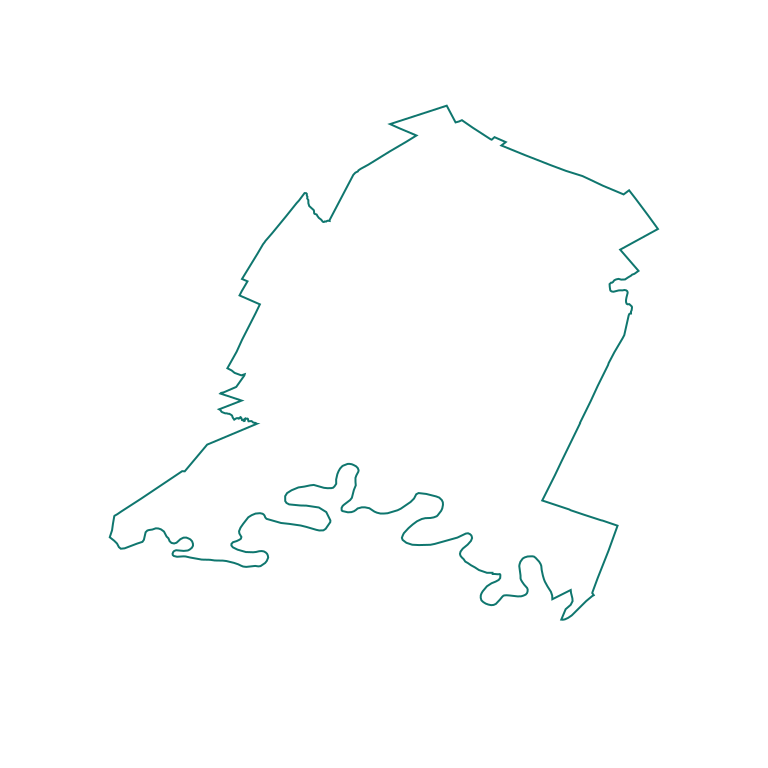 outline of Draganesti, Prahova, Romania, rotated 350°
{"feature_id": "2599482B82413399684251", "entity_name": "Draganesti", "entity_type": "district", "adm_level": 2, "iso_a3": "ROU", "parent_name": "Romania", "parent_adm1": "Prahova", "projection": "equal_earth", "projection_center": [26.299, 44.838], "detail": "fine", "context": "isolated", "style": "outline", "palette": "teal", "viewbox_px": 768, "rotation_deg": 350, "n_neighbors": 0, "source": "geoboundaries", "source_scale": "gbopen_adm2", "svg_char_len": 6155}
<svg xmlns="http://www.w3.org/2000/svg" viewBox="0 0 768 768"><g transform="rotate(350 384 384)"><path d="M553.9,628.4L552.8,626.1L553.0,625.5L560.7,612.3L576.2,587.1L589.4,564.1L575.6,556.5L574.1,555.9L558.3,547.5L546.0,540.8L544.6,539.7L519.6,526.2L536.5,503.5L545.1,491.4L570.3,456.7L570.2,456.4L584.7,436.6L594.2,422.9L607.9,404.3L608.9,402.4L616.4,392.7L627.0,380.3L629.1,377.6L636.9,358.9L637.7,357.7L638.1,357.4L639.5,357.5L639.8,355.6L640.7,354.3L641.5,351.8L641.5,350.7L639.5,348.0L637.7,347.8L636.9,347.1L636.6,345.4L636.9,343.4L637.8,340.9L639.8,336.5L639.8,335.5L639.5,334.6L638.7,333.8L637.2,333.2L634.9,333.2L633.2,332.8L631.2,332.6L626.1,333.0L624.5,332.5L623.4,331.6L623.2,331.2L623.1,330.3L623.2,327.4L623.5,324.8L625.3,323.6L626.1,323.8L627.1,323.4L628.6,322.0L629.3,321.7L630.8,321.3L633.2,321.2L635.8,322.4L639.5,322.9L642.9,321.4L646.1,320.2L647.3,319.4L649.7,319.0L654.3,316.8L639.9,292.7L680.7,278.9L673.3,263.7L664.0,245.3L659.0,235.8L652.9,238.9L634.1,226.8L615.6,213.7L600.2,205.7L586.1,197.4L562.8,183.2L541.0,169.5L545.9,166.9L535.7,160.1L532.5,162.1L531.5,161.5L515.9,147.0L506.5,137.7L503.4,138.5L499.9,138.8L494.1,120.8L435.1,129.1L443.8,135.0L459.1,144.9L448.3,149.2L430.2,155.9L406.6,165.3L398.3,168.1L395.9,169.2L395.2,170.1L392.5,170.9L390.1,172.7L359.2,212.7L358.9,213.1L358.8,214.0L357.1,213.4L356.0,213.6L355.1,214.0L354.0,213.6L353.1,214.0L352.4,213.9L351.8,213.4L350.7,211.3L348.6,209.0L347.5,206.7L347.3,205.9L347.0,205.3L345.4,204.5L345.0,204.1L344.9,203.7L345.1,201.3L345.0,200.6L341.3,195.8L340.9,192.9L341.4,189.7L340.6,188.0L341.1,186.2L340.7,185.1L341.0,183.3L340.4,182.5L338.9,182.2L332.2,188.5L329.2,190.8L316.7,201.8L300.0,216.1L292.0,222.6L291.1,223.6L289.1,225.4L282.2,233.5L262.4,255.9L267.4,259.2L259.9,268.0L257.1,271.7L275.6,284.0L269.7,292.2L251.9,315.8L244.5,326.6L232.5,341.3L236.3,344.2L238.8,347.1L245.0,350.7L248.5,350.2L247.9,351.4L238.0,361.2L224.6,364.4L222.0,364.5L221.2,365.0L240.9,375.6L217.2,380.3L218.4,381.3L219.1,383.0L219.7,383.6L222.5,385.3L224.1,385.6L225.4,386.3L226.5,386.5L228.4,388.1L228.9,388.8L229.2,390.8L230.3,393.1L232.7,392.1L234.5,392.3L234.7,392.8L235.0,392.9L235.5,392.6L236.0,392.6L236.6,391.8L237.0,391.7L237.2,392.0L237.0,392.5L237.7,393.0L237.9,394.9L238.5,395.2L239.5,394.8L239.7,395.0L239.6,395.9L239.7,396.2L240.3,396.2L240.6,395.8L240.8,394.2L241.3,393.9L241.7,393.8L242.0,394.3L243.6,394.4L244.0,395.0L243.9,396.3L244.1,397.2L247.0,397.5L247.3,397.7L248.6,399.3L250.9,400.1L251.5,401.0L251.8,401.1L199.3,413.0L172.6,435.4L170.1,434.8L124.8,454.8L103.2,463.9L98.8,465.9L95.7,467.0L95.4,467.4L92.8,474.6L90.8,480.8L87.3,487.3L91.0,491.4L92.5,493.5L93.4,494.8L94.6,498.6L96.2,500.5L100.0,500.8L113.1,498.3L118.7,497.5L120.5,495.7L123.5,488.6L125.5,487.2L127.3,487.0L130.6,487.1L134.2,486.5L136.7,487.1L139.1,488.4L141.7,491.1L143.4,496.5L144.9,498.5L145.6,501.6L147.1,503.6L149.6,504.6L152.1,504.3L156.5,501.5L159.8,500.5L162.6,500.9L164.7,502.2L166.3,503.4L167.7,505.6L168.1,508.1L167.8,510.1L166.4,511.9L163.9,513.3L161.9,513.9L157.8,513.6L150.4,511.6L148.4,512.0L147.3,512.8L146.3,514.4L146.3,515.8L147.2,516.9L150.2,518.2L156.5,518.9L158.7,519.4L162.9,521.2L174.1,525.3L182.1,526.9L186.7,528.4L194.8,530.0L198.1,531.0L205.2,534.1L209.2,536.3L211.8,538.2L213.6,539.3L216.6,540.2L225.6,540.8L228.6,541.8L230.8,541.9L235.9,539.6L237.9,537.8L239.8,534.8L239.8,532.7L239.4,531.0L238.3,529.4L236.6,528.0L234.6,527.3L232.1,527.0L228.9,527.2L226.0,527.0L218.8,525.5L211.0,521.7L206.8,518.6L205.7,516.6L206.0,515.0L207.8,513.6L211.7,513.1L214.8,512.2L216.2,511.5L217.0,509.9L215.6,506.1L215.7,503.8L217.8,500.5L221.1,497.2L227.2,491.7L230.9,490.2L235.0,489.3L239.5,489.7L241.9,490.7L242.9,491.7L243.5,492.8L243.9,494.8L244.9,496.4L258.5,503.0L266.4,505.3L277.4,508.9L282.8,511.3L292.1,515.9L294.8,517.0L298.9,517.6L301.4,516.5L307.1,510.7L307.5,509.0L304.9,500.1L298.4,494.3L286.4,490.3L280.5,489.1L269.7,486.1L267.3,484.2L266.4,482.1L267.2,477.3L269.6,474.6L274.5,472.6L281.7,471.0L287.8,471.2L293.7,471.0L297.3,471.2L306.8,475.8L310.3,476.8L314.1,477.4L315.9,477.3L317.5,476.2L319.6,474.0L320.3,469.7L322.4,464.7L324.1,462.0L326.1,459.6L328.6,457.7L329.6,457.3L334.2,456.4L335.9,456.6L338.3,457.4L340.0,458.5L342.2,460.2L343.6,462.3L344.0,464.5L343.5,465.9L340.9,469.2L339.6,471.5L338.9,475.6L338.6,478.9L335.9,483.2L332.6,490.5L330.5,492.4L323.5,496.0L322.1,496.9L320.7,498.7L320.4,501.1L321.0,501.9L326.2,504.1L329.7,504.5L332.3,504.1L334.6,503.1L336.4,502.0L340.7,501.6L343.7,502.1L348.0,503.8L352.4,508.0L354.7,509.5L357.9,510.9L361.0,511.5L365.1,511.9L375.4,510.7L378.9,509.7L389.7,504.8L393.7,502.0L396.6,498.2L399.1,497.4L406.5,499.6L415.9,503.8L418.7,505.5L420.8,508.4L421.4,510.7L421.1,513.2L419.8,516.6L418.3,518.8L413.9,522.8L412.9,523.4L409.8,524.0L406.5,524.0L401.4,523.3L397.8,523.5L392.7,524.9L387.9,527.3L383.1,530.2L377.6,534.4L376.1,536.5L374.9,538.6L375.3,540.8L378.5,544.3L383.9,547.2L390.5,548.7L401.8,550.4L406.2,550.3L429.6,548.0L438.6,545.5L440.9,545.6L442.7,546.9L443.7,548.3L443.9,549.2L444.0,551.0L442.4,553.6L438.5,556.7L433.0,559.8L430.3,562.3L429.3,564.5L429.5,566.4L430.5,568.3L432.0,570.3L433.2,573.0L435.5,574.9L438.2,577.6L441.6,580.3L445.2,583.7L452.6,587.8L458.1,588.8L458.0,590.0L460.3,590.4L463.3,591.2L465.0,591.3L465.4,592.0L465.3,593.0L464.7,595.3L462.9,596.9L459.6,598.0L455.3,598.9L450.2,601.1L445.2,605.3L443.6,607.2L442.6,609.0L442.1,611.4L442.4,614.0L443.9,616.0L446.0,617.9L448.4,619.3L451.1,620.4L453.6,620.6L456.0,620.0L460.7,616.5L463.6,614.0L464.9,613.2L465.8,613.1L467.9,613.3L470.7,614.0L478.8,616.4L482.3,616.9L484.7,616.6L487.0,616.0L488.6,614.7L489.4,613.1L489.8,611.3L489.5,609.7L487.1,605.8L485.7,602.8L484.9,600.6L484.7,599.3L485.2,596.2L485.6,586.8L486.2,585.1L487.5,582.7L490.3,580.0L492.4,579.2L495.5,578.8L500.0,579.4L501.7,580.0L503.1,581.5L506.0,586.0L507.0,588.7L507.3,590.5L507.0,594.5L507.2,600.3L507.6,603.9L508.1,606.5L509.9,611.8L512.3,617.6L512.9,621.5L512.4,625.2L532.1,619.3L531.9,622.0L532.3,627.8L532.0,630.6L529.5,633.9L523.8,637.3L517.7,646.8L519.2,647.2L521.3,647.2L524.7,646.3L528.7,644.5L545.4,632.9L552.2,629.0L553.9,628.4Z" fill="none" stroke="#0f766e" stroke-width="2"/></g></svg>